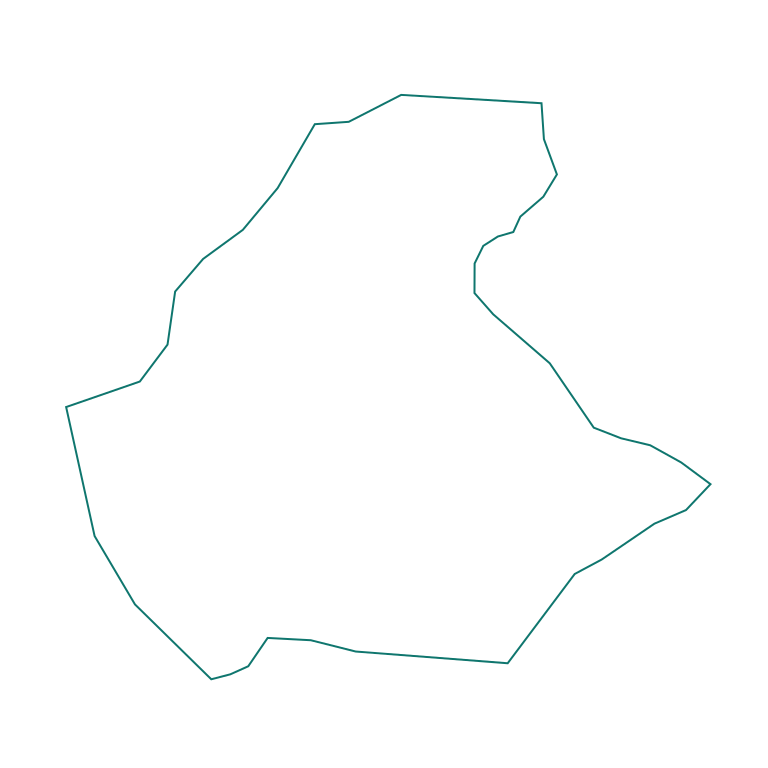 SVG path tracing the border of Kyankwanzi, rotated 176°
{"feature_id": "UGA-5602", "entity_name": "Kyankwanzi", "entity_type": "District", "adm_level": 1, "iso_a3": "UGA", "parent_name": "Uganda", "parent_adm1": "", "projection": "natural_earth1", "projection_center": [31.594, 1.103], "detail": "fine", "context": "isolated", "style": "outline", "palette": "teal", "viewbox_px": 768, "rotation_deg": 176, "n_neighbors": 0, "source": "natural_earth", "source_scale": "10m", "svg_char_len": 654}
<svg xmlns="http://www.w3.org/2000/svg" viewBox="0 0 768 768"><g transform="rotate(176 384 384)"><path d="M576.9,101.5L647.8,181.5L683.3,252.5L702.7,383.2L627.4,403.5L597.2,438.4L585.9,490.8L555.7,521.4L514.1,547.6L476.4,586.9L434.9,648.0L400.9,648.0L346.7,671.2L207.3,653.1L207.4,617.1L196.9,581.0L212.0,559.7L236.3,541.5L244.4,526.6L260.1,523.2L275.3,514.9L285.2,497.9L287.4,468.4L270.2,445.9L217.2,393.1L177.8,325.8L151.3,313.3L122.7,304.3L93.0,285.0L65.3,261.3L91.5,237.2L124.0,225.8L179.1,193.7L207.0,181.2L280.1,96.8L430.9,119.1L474.9,133.5L517.8,138.8L539.1,111.9L557.6,105.1L576.9,101.5Z" fill="none" stroke="#0f766e" stroke-width="2"/></g></svg>